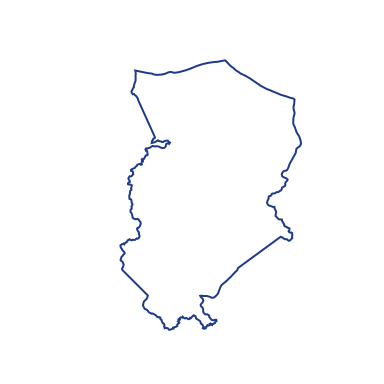 the district of Muaná, Pará, Brazil, rotated 210°
{"feature_id": "56859067B31226280820399", "entity_name": "Muaná", "entity_type": "district", "adm_level": 2, "iso_a3": "BRA", "parent_name": "Brazil", "parent_adm1": "Pará", "projection": "mercator", "projection_center": [-49.315, -1.315], "detail": "fine", "context": "isolated", "style": "outline", "palette": "blue", "viewbox_px": 384, "rotation_deg": 210, "n_neighbors": 0, "source": "geoboundaries", "source_scale": "gbopen_adm2", "svg_char_len": 5995}
<svg xmlns="http://www.w3.org/2000/svg" viewBox="0 0 384 384"><g transform="rotate(210 192 192)"><path d="M301.9,268.8L301.0,267.9L300.4,267.1L299.7,266.0L299.1,264.6L297.7,262.3L296.5,260.1L295.9,256.7L295.5,255.4L295.3,254.3L294.7,253.5L295.0,252.3L294.7,250.4L294.8,248.9L294.1,248.1L292.9,247.4L292.1,247.1L291.2,247.8L290.0,247.4L287.9,247.1L285.2,245.5L284.6,244.7L251.5,220.9L251.2,219.8L252.1,219.0L252.1,218.1L251.9,217.1L252.1,216.0L251.4,214.3L249.2,216.4L247.8,218.7L247.4,219.7L246.2,219.6L244.8,219.9L243.9,220.4L242.9,220.3L242.0,220.9L241.5,222.1L239.6,223.9L238.6,224.4L237.3,223.9L235.7,223.7L235.8,222.3L237.7,221.8L238.3,221.0L238.1,219.8L237.7,218.7L237.6,217.8L238.0,216.4L238.9,215.6L240.3,215.0L243.6,214.7L244.5,214.4L245.7,213.9L246.6,213.0L249.1,212.2L249.7,211.3L250.8,209.1L252.6,207.3L253.6,206.8L253.6,205.6L252.6,204.7L251.9,205.3L250.8,204.5L249.9,203.1L249.0,202.1L249.3,201.2L250.3,200.5L250.3,199.2L250.1,198.0L250.2,196.6L251.3,196.0L251.8,195.1L251.2,194.4L250.3,194.8L249.7,193.9L250.6,192.9L250.1,191.7L249.2,190.8L249.8,190.0L251.1,190.2L252.1,189.4L253.0,188.2L252.9,187.0L253.4,186.1L253.4,185.0L253.7,184.1L255.3,182.0L255.9,180.7L255.3,179.8L254.4,180.1L253.4,180.1L251.7,177.9L252.1,176.9L252.2,175.6L252.9,174.8L253.9,174.4L254.0,173.2L253.9,171.9L252.9,171.2L251.8,170.7L250.9,169.6L251.5,168.8L251.8,167.6L251.2,166.7L250.0,167.1L248.7,167.8L247.5,167.7L247.0,166.7L246.4,164.3L245.6,163.7L245.9,162.6L246.0,161.7L245.5,160.5L244.8,159.5L244.7,158.2L244.3,157.0L242.7,154.8L241.4,155.1L240.4,154.7L238.9,152.5L238.1,152.2L237.2,151.4L237.2,149.2L236.4,148.3L235.9,147.3L236.3,146.0L235.8,144.9L235.2,143.9L234.2,143.6L233.1,142.9L231.6,141.4L230.9,140.3L229.9,140.0L228.6,139.8L226.7,140.5L225.8,141.4L224.5,141.5L223.6,140.9L221.7,140.3L220.4,138.8L220.3,137.6L220.0,136.5L220.3,134.4L221.2,133.9L221.3,132.7L220.6,132.0L219.6,131.3L218.2,130.7L217.4,130.0L217.1,129.1L216.2,128.4L215.3,127.5L215.1,126.5L215.2,125.4L215.6,124.4L216.7,124.1L217.4,122.1L218.2,121.5L219.2,121.2L219.9,120.1L221.2,119.7L222.6,119.8L222.9,118.8L223.6,117.9L223.3,116.8L223.5,115.9L224.1,115.2L224.5,112.9L225.4,113.3L225.8,112.4L226.5,111.8L227.3,109.9L226.5,109.0L225.8,108.2L224.6,107.8L223.5,107.0L220.6,106.1L219.7,105.4L219.7,104.4L220.2,103.5L220.1,102.4L220.6,100.3L220.3,99.2L220.1,98.0L219.6,97.1L218.7,96.9L217.4,96.9L215.8,95.7L214.9,95.1L214.3,92.7L214.3,91.4L214.1,90.4L213.2,89.6L178.5,80.3L177.9,78.1L177.9,76.7L178.9,73.0L178.5,71.7L178.3,70.7L177.8,69.2L176.9,68.7L175.8,67.9L175.0,67.4L173.9,67.1L172.8,67.5L171.6,67.3L169.5,66.4L168.5,66.2L167.5,66.5L166.3,66.3L165.4,67.1L164.5,67.1L163.4,67.2L161.2,67.1L160.4,66.6L158.4,66.6L157.6,67.4L156.6,67.4L156.1,66.4L155.2,66.0L154.2,65.9L153.5,64.9L152.5,64.4L151.6,63.7L150.8,64.0L149.8,63.4L149.1,62.6L149.0,61.6L148.1,61.2L147.5,60.4L146.8,61.2L144.8,61.9L143.9,61.5L142.8,61.3L141.8,62.0L141.2,63.0L139.8,64.4L140.6,65.0L140.0,65.9L139.0,66.6L137.7,68.5L138.4,69.5L138.4,70.6L137.8,71.5L137.6,72.4L139.5,73.0L138.8,74.3L138.7,75.3L140.0,75.2L139.4,77.0L138.9,78.0L137.7,78.3L137.7,79.3L135.8,78.9L134.7,79.1L134.0,80.1L133.0,80.0L132.0,80.0L131.1,80.3L130.5,81.0L130.8,82.0L129.8,82.3L129.6,84.1L128.9,86.1L127.9,85.9L126.9,86.2L126.0,85.4L125.4,84.7L124.3,84.4L122.0,84.4L120.6,84.2L119.6,83.7L119.0,82.9L117.8,82.3L116.8,82.4L114.7,80.9L114.5,79.5L112.9,79.7L112.0,80.8L112.7,81.7L112.0,82.3L112.1,84.4L110.8,84.6L110.1,85.6L110.8,86.4L110.3,87.3L109.3,86.8L108.1,86.8L108.4,87.8L107.5,88.4L107.2,89.3L106.6,90.0L106.7,91.7L106.3,92.6L107.1,93.4L108.4,92.7L108.9,91.8L110.1,91.3L111.2,91.1L114.6,92.4L115.3,93.5L116.4,93.7L117.6,93.7L118.5,93.0L119.5,92.8L120.5,92.9L121.7,93.3L123.0,94.7L123.4,95.7L124.2,96.4L125.3,97.2L126.2,97.3L127.5,97.8L128.1,98.6L128.0,100.5L127.7,101.4L127.6,102.6L127.9,103.5L129.4,104.9L131.9,105.5L132.9,106.2L131.9,107.0L130.8,107.3L127.0,109.4L123.4,110.3L122.1,110.2L121.0,110.9L120.1,111.8L119.6,113.1L118.8,116.1L118.7,117.5L119.1,118.8L119.9,124.2L119.8,126.4L117.3,133.3L117.0,134.8L115.8,138.5L115.7,139.4L114.6,144.1L114.0,145.8L113.8,147.2L114.1,149.3L92.8,197.6L91.6,197.6L90.5,197.9L88.8,197.5L87.8,197.7L85.9,198.6L84.8,198.2L83.6,198.2L83.0,198.9L82.1,202.3L83.0,203.2L83.6,205.0L84.9,206.6L85.8,206.6L86.7,205.9L87.7,205.8L88.8,206.4L88.5,207.4L89.4,209.3L91.5,208.8L92.5,209.1L94.7,208.7L95.5,209.2L95.9,210.1L97.1,210.5L97.9,211.2L99.6,211.9L100.4,213.1L102.8,211.9L104.0,211.9L107.7,213.1L108.3,214.4L108.9,216.5L109.5,217.2L112.2,219.1L113.2,220.3L113.9,219.6L116.4,219.3L118.7,218.8L119.8,218.9L120.8,219.5L121.6,220.2L122.3,222.6L122.2,223.6L122.4,224.7L123.0,225.5L123.3,226.6L122.0,228.0L121.7,228.9L122.0,230.1L121.3,231.1L120.2,231.7L119.4,232.5L119.0,233.7L117.1,235.3L116.4,237.1L115.7,237.8L115.7,239.2L116.2,240.8L115.3,242.5L114.5,243.7L114.8,244.9L115.5,245.9L115.8,247.2L115.5,248.1L115.3,249.6L115.4,250.6L116.7,251.0L120.7,250.6L122.0,250.9L123.2,252.3L123.4,254.4L123.1,255.4L122.7,256.3L122.0,257.0L121.1,257.7L120.6,258.7L120.8,261.7L121.5,265.3L121.7,277.6L122.8,280.5L123.1,281.6L122.9,282.6L122.5,283.7L122.0,284.5L121.6,285.8L121.5,287.0L121.7,288.2L122.7,289.5L123.3,290.5L124.6,291.6L125.3,292.4L127.9,294.3L129.0,294.7L131.6,296.3L135.3,299.5L137.1,300.7L138.2,301.6L138.8,302.3L139.3,303.2L141.2,306.9L142.5,311.5L143.4,312.6L144.5,313.6L146.0,315.3L146.6,316.3L147.5,319.3L149.5,323.4L151.3,323.6L154.4,322.6L157.1,322.2L163.6,320.6L167.2,320.2L173.7,319.3L174.8,319.3L175.7,319.0L179.9,318.5L186.8,318.3L188.0,318.7L189.1,318.6L197.7,319.3L203.8,319.4L209.0,318.9L211.2,319.2L214.4,319.3L218.9,320.2L220.2,320.2L223.4,320.9L225.4,321.6L226.3,321.8L227.3,322.2L229.0,322.6L230.8,321.2L235.6,317.0L237.5,315.9L242.1,312.3L246.4,308.4L250.9,303.5L254.6,298.6L257.8,294.8L262.2,290.3L263.8,288.8L266.3,286.8L267.3,286.2L268.7,285.9L270.4,285.4L271.6,284.5L273.0,282.9L274.2,281.2L276.3,279.1L280.7,276.0L281.6,275.6L284.7,274.5L285.7,274.6L289.6,272.9L301.9,268.8Z" fill="none" stroke="#1e3a8a" stroke-width="2"/></g></svg>